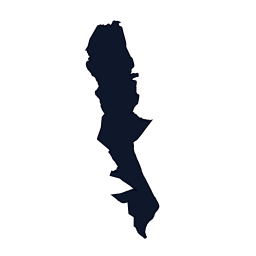 San Juan Atzompa, Puebla, Mexico (Natural Earth projection), rotated 58°
{"feature_id": "50627088B45954592867163", "entity_name": "San Juan Atzompa", "entity_type": "district", "adm_level": 2, "iso_a3": "MEX", "parent_name": "Mexico", "parent_adm1": "Puebla", "projection": "natural_earth1", "projection_center": [-98.029, 18.745], "detail": "fine", "context": "isolated", "style": "filled", "palette": "ink", "viewbox_px": 256, "rotation_deg": 58, "n_neighbors": 0, "source": "geoboundaries", "source_scale": "gbopen_adm2", "svg_char_len": 5710}
<svg xmlns="http://www.w3.org/2000/svg" viewBox="0 0 256 256"><g transform="rotate(58 128 128)"><path d="M230.1,172.0L230.3,171.4L230.3,170.8L230.2,170.6L229.7,170.3L229.5,170.2L229.2,170.3L228.9,170.5L228.5,170.4L228.1,170.3L227.6,170.0L226.8,169.7L226.1,169.5L225.9,169.6L225.5,169.9L225.2,169.9L225.1,169.3L224.8,169.0L224.1,168.5L223.4,167.8L222.1,166.8L221.8,166.4L221.4,166.2L221.3,165.9L220.6,165.1L220.4,164.5L219.9,163.9L219.4,163.6L219.2,162.8L218.9,162.3L218.6,161.2L217.8,159.1L217.7,157.0L217.4,155.1L217.0,154.6L216.2,152.9L215.4,152.3L214.3,150.7L213.7,149.7L213.5,149.1L212.9,147.0L212.7,146.5L211.7,144.6L210.9,143.7L210.3,143.4L208.9,143.0L207.7,142.8L206.2,142.6L204.2,142.6L201.7,142.3L200.7,142.3L200.1,142.8L198.5,142.4L194.9,142.2L193.4,141.9L185.4,141.2L179.3,140.7L176.5,140.6L173.4,140.1L171.2,139.7L170.2,139.2L169.1,138.9L168.0,138.8L166.7,138.4L162.4,137.7L159.5,137.4L157.0,136.9L155.1,136.4L152.1,136.1L151.1,135.8L150.5,135.5L149.0,135.0L147.8,134.4L146.4,133.4L146.0,133.0L142.3,131.5L142.2,126.7L141.0,122.9L139.4,118.5L137.7,114.3L134.0,104.4L133.7,105.3L133.6,106.0L133.4,106.3L133.2,106.4L132.6,106.3L132.5,106.6L132.6,107.3L132.6,107.6L132.3,108.1L132.1,108.2L131.9,108.1L131.7,107.8L131.5,107.7L131.3,108.0L131.5,108.8L131.4,109.0L130.7,108.9L130.4,108.9L130.2,109.1L130.1,109.3L129.9,109.7L129.9,110.1L129.7,110.3L129.3,110.3L129.1,110.7L128.6,110.9L128.4,111.1L128.0,111.9L127.9,112.0L127.4,111.6L127.0,111.5L126.8,111.6L126.6,111.8L126.7,112.7L126.7,113.0L126.2,113.1L126.1,112.9L125.5,113.4L124.8,113.4L122.9,114.2L121.8,114.0L121.6,114.1L120.7,114.8L120.1,114.9L119.8,115.1L119.7,115.4L118.9,115.5L118.5,115.4L118.2,115.4L117.9,115.5L117.7,115.8L117.4,116.3L117.2,117.0L117.0,117.6L116.7,117.8L116.4,117.6L116.5,117.1L116.2,116.7L116.1,115.8L115.9,115.3L115.2,114.6L113.7,112.6L113.3,112.1L113.3,111.6L112.6,110.2L112.4,109.3L112.2,108.3L112.1,107.4L111.9,106.9L111.6,106.5L110.9,106.0L109.7,104.8L107.5,102.9L107.3,102.6L107.2,102.5L106.5,102.5L106.4,102.4L106.3,102.0L106.1,101.8L105.9,101.7L105.6,101.7L105.0,102.2L104.4,102.4L104.1,102.6L103.6,102.7L102.6,102.7L101.1,102.2L97.6,99.9L96.3,99.4L95.4,98.5L94.3,97.5L92.9,96.6L92.6,96.6L91.9,97.0L90.3,98.9L89.4,99.6L88.7,99.1L88.3,98.6L88.0,98.2L87.9,97.7L87.9,97.1L88.6,93.7L88.8,93.0L89.1,92.6L89.2,92.4L89.2,92.1L88.9,91.7L88.2,91.5L87.4,91.1L87.1,91.0L86.8,91.2L86.3,92.9L85.7,93.7L84.8,94.8L84.7,95.0L84.5,96.5L84.3,97.5L84.1,97.8L83.5,98.0L83.1,98.0L82.9,97.8L82.7,97.5L82.1,96.3L81.6,95.7L79.6,94.4L79.4,94.2L78.9,91.5L78.7,90.7L77.1,89.6L71.6,88.0L70.9,88.0L70.4,88.0L69.5,88.6L58.5,87.3L58.3,87.1L57.3,86.8L56.8,86.5L56.5,86.2L56.0,85.9L55.8,85.6L54.8,85.4L54.4,85.1L53.4,84.7L52.9,84.5L52.0,84.2L50.6,83.8L49.4,83.4L49.0,83.3L48.5,83.1L47.5,82.8L44.3,81.9L40.1,80.4L39.5,80.3L39.2,80.3L38.9,80.4L36.9,81.9L36.6,82.0L36.2,81.9L35.2,81.6L34.2,81.1L33.8,80.8L33.7,80.6L33.9,79.2L33.3,79.5L32.5,80.0L32.1,80.6L31.5,81.8L31.4,82.2L31.1,82.4L30.2,82.9L30.1,83.2L30.0,84.0L31.8,86.6L31.9,87.6L32.1,88.8L31.8,89.2L30.5,89.2L30.0,89.3L29.8,89.5L29.7,89.9L29.7,90.4L29.9,91.8L29.9,92.2L29.6,92.6L29.4,92.9L29.4,93.2L29.6,93.4L29.5,94.1L29.4,94.3L28.5,94.4L27.8,94.4L27.7,94.5L27.6,95.5L27.5,95.9L27.3,96.1L27.0,96.2L26.3,96.7L26.1,96.9L26.1,97.1L26.2,98.0L25.7,99.0L25.7,99.4L25.9,99.7L25.7,99.8L32.6,112.8L38.0,118.7L39.5,121.9L39.7,121.5L39.9,121.3L40.3,121.3L40.5,121.5L41.5,121.7L42.1,121.9L42.4,122.0L42.8,122.0L43.4,121.7L43.9,121.7L44.2,121.8L44.5,122.2L44.9,122.3L45.1,122.3L46.0,122.2L47.0,121.9L47.4,121.9L47.8,122.3L48.0,122.6L48.2,123.0L48.1,123.4L48.3,124.0L48.5,124.5L48.9,124.7L49.0,124.4L49.0,124.0L49.0,123.7L49.3,123.5L50.0,123.5L50.6,123.8L50.7,124.0L50.7,124.3L50.7,125.0L50.7,125.4L50.4,126.9L50.4,127.4L50.5,127.9L51.2,128.7L52.0,129.4L53.1,129.7L53.5,129.9L54.3,130.3L54.9,130.3L55.4,130.2L55.9,130.2L56.2,130.5L57.1,130.5L57.8,130.4L58.6,130.1L59.0,130.2L59.9,129.9L61.2,129.8L61.6,129.9L62.1,129.8L62.5,129.6L62.9,129.7L63.5,130.1L64.0,130.2L64.6,130.1L65.2,129.8L66.0,129.1L66.5,128.8L67.1,128.7L68.3,128.6L68.8,128.6L69.1,128.7L69.6,128.8L70.0,128.9L71.1,129.1L72.2,129.0L73.0,128.8L74.0,129.1L74.5,129.5L77.2,129.9L78.0,130.6L78.3,131.2L78.7,132.3L79.4,133.3L79.7,134.5L79.8,135.5L79.9,136.0L80.2,136.3L80.7,136.7L81.3,136.8L82.1,137.2L82.7,137.4L83.2,137.3L84.1,136.8L85.2,137.1L85.8,136.6L86.8,136.6L87.2,136.4L87.7,136.3L88.6,136.3L89.9,136.7L91.4,137.6L92.1,137.6L92.7,137.8L93.0,137.8L94.3,138.1L94.9,138.8L95.4,139.1L99.5,139.8L102.2,139.7L103.7,139.6L104.1,139.7L104.6,141.8L105.3,143.9L106.6,144.8L108.1,146.1L111.9,148.8L113.7,150.4L115.8,152.9L118.4,156.2L120.4,158.6L121.0,159.3L121.5,159.6L135.5,155.1L137.6,154.7L138.3,156.8L139.8,156.6L140.9,156.5L144.9,156.6L145.7,156.9L147.2,156.8L149.5,156.4L157.7,156.4L157.5,156.5L156.3,158.0L157.3,159.1L158.4,160.0L157.3,161.5L157.8,161.8L157.8,162.0L158.2,161.8L158.9,161.6L156.3,164.8L158.8,167.9L161.0,165.9L164.6,162.5L166.2,161.1L166.7,160.9L170.1,159.9L172.2,158.8L177.3,156.5L179.4,155.8L183.9,154.3L184.9,153.9L185.8,153.4L185.2,154.1L184.5,154.5L183.8,155.0L183.4,155.5L182.9,156.3L182.7,156.8L181.9,160.8L181.5,162.3L180.4,168.0L179.9,169.6L179.3,171.0L176.6,176.8L181.4,175.0L184.5,174.2L185.1,173.6L186.2,173.3L187.3,172.8L188.1,172.2L188.6,171.5L189.1,170.7L189.3,170.0L189.8,168.7L190.2,167.1L190.3,166.7L201.1,172.3L206.8,169.6L214.5,174.5L215.1,174.1L215.7,173.9L216.2,173.8L216.9,173.5L217.1,173.5L217.3,173.8L217.6,173.9L218.0,173.6L218.3,173.6L218.5,173.9L219.6,174.3L219.8,174.3L220.2,173.9L220.4,173.9L220.7,174.2L221.6,174.5L222.2,174.5L222.9,174.3L224.0,174.1L224.4,173.8L225.7,173.5L227.5,172.6L227.8,172.6L229.0,172.3L229.6,172.2L230.1,172.0Z" fill="#0f172a" stroke="#020617" stroke-width="1.5"/></g></svg>